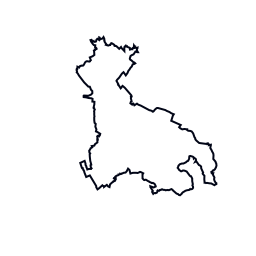 outline of Sancraiu, Cluj, Romania, rotated 238°
{"feature_id": "2599482B11402741815659", "entity_name": "Sancraiu", "entity_type": "district", "adm_level": 2, "iso_a3": "ROU", "parent_name": "Romania", "parent_adm1": "Cluj", "projection": "equal_earth", "projection_center": [22.961, 46.83], "detail": "fine", "context": "isolated", "style": "outline", "palette": "ink", "viewbox_px": 256, "rotation_deg": 238, "n_neighbors": 0, "source": "geoboundaries", "source_scale": "gbopen_adm2", "svg_char_len": 5803}
<svg xmlns="http://www.w3.org/2000/svg" viewBox="0 0 256 256"><g transform="rotate(238 128 128)"><path d="M115.4,174.1L117.6,172.5L119.5,171.7L122.0,169.9L123.4,169.2L129.1,164.0L129.6,163.2L129.6,162.1L129.3,160.4L128.7,158.9L128.6,157.8L128.8,157.5L129.7,157.4L131.1,156.3L131.7,155.6L140.4,150.6L142.3,149.1L143.9,148.5L143.9,145.4L145.9,145.5L146.2,144.9L145.7,143.9L147.7,143.1L148.7,144.3L148.7,145.2L151.5,146.1L152.0,146.4L152.2,146.9L153.0,147.1L152.8,147.7L152.9,147.9L154.1,148.1L163.9,146.6L165.4,146.1L166.6,145.7L166.3,144.7L165.7,143.6L165.5,142.8L168.2,142.8L169.9,142.5L170.1,143.0L174.1,143.2L174.7,144.4L175.4,147.3L177.1,151.1L177.5,152.4L177.7,153.8L173.8,154.0L174.9,156.7L176.4,158.8L176.7,160.0L177.8,162.2L178.1,163.7L179.5,165.7L179.0,167.3L179.0,168.4L180.2,168.1L181.0,167.4L183.7,166.7L184.5,166.2L185.4,166.1L186.0,166.4L187.7,168.3L187.8,169.7L187.5,171.7L188.9,174.8L187.3,176.1L187.0,176.6L189.2,176.7L190.5,177.6L190.7,178.4L191.0,178.6L191.0,178.4L191.8,177.5L192.3,176.2L193.4,176.4L193.7,177.1L194.1,176.8L194.8,176.8L192.8,175.2L193.3,174.3L192.6,173.6L193.0,173.4L193.1,172.1L193.5,171.2L195.0,172.0L197.6,170.1L198.0,170.4L198.3,170.0L198.4,168.8L198.9,169.1L198.7,168.1L197.9,167.3L195.2,165.7L199.1,164.9L200.4,165.0L199.8,162.5L203.3,161.6L204.2,161.1L204.4,160.5L204.8,160.1L205.9,160.4L208.1,159.4L208.8,158.8L208.2,157.8L208.3,156.9L207.9,156.7L208.1,156.3L208.4,154.9L209.4,154.0L209.6,154.1L210.3,153.3L210.8,154.0L213.1,153.8L214.8,154.5L214.9,154.3L216.3,155.2L218.1,155.4L217.4,153.7L217.9,151.9L217.9,151.3L219.6,151.9L220.1,151.6L218.1,150.1L219.9,149.3L219.5,147.9L218.5,146.9L218.3,146.4L218.9,145.1L219.5,144.8L219.9,144.9L219.9,144.2L220.4,143.8L222.1,143.8L222.4,142.8L220.9,142.5L217.7,142.7L216.4,143.0L215.5,144.1L214.0,142.9L213.0,143.4L212.1,143.5L211.6,143.1L212.2,141.5L211.6,141.2L211.7,140.1L211.0,139.9L207.8,138.2L207.6,136.0L208.1,133.0L205.2,132.4L205.1,131.6L204.7,131.1L204.8,130.4L206.4,128.6L206.6,127.6L206.4,126.4L205.1,124.2L204.7,123.2L205.3,122.2L205.2,121.9L205.7,121.3L205.7,120.6L205.9,120.3L205.7,119.9L205.8,119.5L205.2,118.6L206.8,117.6L204.9,116.2L205.2,115.8L204.5,115.1L203.0,114.8L202.4,114.0L200.9,114.3L198.5,114.2L189.9,115.0L184.1,116.3L183.2,117.5L180.1,116.9L178.3,117.3L176.4,116.2L175.9,114.5L176.3,111.5L178.9,107.8L178.8,107.4L177.7,106.8L176.2,108.7L174.3,110.5L172.5,112.8L171.5,113.4L169.3,111.8L168.0,113.4L165.8,111.9L163.5,109.6L163.0,109.8L162.7,109.4L161.4,109.7L160.2,108.1L159.5,107.9L157.0,106.3L155.4,105.6L155.1,105.1L152.3,103.4L150.1,102.4L148.6,102.8L146.4,101.0L143.6,100.5L142.1,99.0L140.8,99.9L137.8,101.4L136.8,100.3L137.2,99.9L136.3,99.0L137.4,98.1L137.2,97.4L134.3,96.3L134.6,95.9L132.0,94.4L131.8,91.5L130.9,90.1L131.9,87.7L130.6,87.5L130.6,85.4L130.1,84.9L129.8,84.0L129.2,83.4L129.2,83.0L127.5,82.2L126.5,82.5L125.9,81.5L123.7,80.3L120.2,78.6L116.3,77.4L116.3,76.5L114.8,75.8L113.2,75.7L113.3,75.2L112.9,74.9L114.0,73.2L114.4,71.5L116.5,72.0L117.1,72.0L117.6,72.4L119.2,72.4L120.3,73.1L123.1,73.8L123.7,69.0L118.8,67.8L118.2,67.8L118.0,68.3L117.5,68.1L116.2,68.1L115.7,67.8L114.8,68.0L113.5,67.5L108.6,66.6L108.0,70.5L95.7,70.3L94.6,69.7L92.1,69.6L92.2,71.4L93.0,75.9L92.1,76.1L91.4,76.9L90.7,76.5L91.0,79.9L88.9,80.2L87.7,81.0L89.7,82.9L90.2,85.5L90.2,86.7L90.5,87.0L90.3,87.7L90.5,88.1L90.1,88.7L90.2,89.2L90.7,89.7L91.3,89.7L91.7,90.0L92.3,89.9L92.5,89.4L92.8,89.3L93.0,89.6L92.7,90.6L92.8,91.1L92.3,91.2L92.8,91.5L93.4,91.3L93.5,91.5L93.6,93.0L93.2,94.4L93.2,95.1L93.5,95.3L93.3,95.5L93.3,95.9L93.1,96.4L93.1,96.8L93.4,97.1L92.7,97.6L92.5,98.6L92.7,99.0L92.4,99.5L92.3,100.6L91.5,102.3L92.0,104.0L93.5,106.5L91.6,107.0L88.1,105.9L87.5,108.2L85.6,111.3L84.8,112.2L84.5,113.6L84.5,114.7L84.1,115.3L82.2,116.5L81.5,116.9L80.8,115.6L77.5,113.6L75.5,114.0L75.1,114.4L74.9,115.4L74.6,115.8L72.5,116.8L71.3,117.6L70.8,117.6L69.8,118.5L69.0,118.7L68.5,119.2L68.3,120.0L66.6,120.9L64.5,120.8L63.7,120.5L64.0,118.2L66.6,116.2L66.2,116.1L66.1,115.7L61.4,115.7L61.0,114.6L58.8,114.5L59.0,115.4L58.5,116.6L58.1,116.8L57.9,118.2L58.5,119.3L59.2,119.6L59.4,120.1L58.7,120.5L58.2,121.3L58.6,122.0L58.1,122.9L58.2,123.3L57.9,123.9L58.0,124.4L56.8,125.2L56.0,126.4L55.3,126.8L55.1,127.5L54.6,128.2L54.4,128.9L53.6,129.7L53.2,132.4L52.1,133.0L51.4,133.0L46.7,134.4L45.3,135.5L44.2,135.7L43.4,136.5L43.8,138.8L44.1,139.2L44.4,140.6L44.3,142.5L44.4,143.3L43.9,145.2L43.1,146.9L43.3,148.2L43.0,148.2L42.7,148.8L42.3,150.1L42.3,150.4L42.8,151.5L43.9,152.1L45.2,152.2L46.0,153.2L48.9,154.3L51.2,155.7L53.7,155.9L54.2,155.3L54.9,155.1L60.0,154.7L61.8,153.4L62.8,152.2L62.9,151.7L62.9,150.5L63.2,150.0L65.6,149.1L66.9,149.2L67.9,149.0L68.8,150.4L69.3,150.8L69.8,152.8L69.3,154.9L68.5,156.2L68.2,159.0L68.5,160.1L68.3,161.6L69.6,163.7L70.9,164.5L71.5,165.1L71.3,166.0L69.4,167.7L68.5,168.1L67.5,167.7L67.7,168.3L66.0,169.0L65.5,169.0L64.5,168.5L63.7,167.1L63.6,167.9L63.2,168.3L59.1,168.5L58.0,169.2L56.6,169.6L55.0,168.7L50.4,168.1L50.0,167.3L49.4,167.1L47.0,167.5L44.2,165.6L41.1,164.0L41.0,164.4L40.0,164.9L39.6,165.9L37.8,167.9L36.9,169.2L33.7,171.0L33.8,172.0L33.6,173.2L34.4,173.7L35.4,173.3L37.5,173.4L39.0,173.9L40.3,175.1L42.8,175.2L43.9,175.7L44.2,176.0L44.2,175.8L43.9,175.4L45.5,175.1L45.7,175.6L46.0,175.9L46.2,175.4L46.5,175.4L46.5,176.8L46.9,177.2L47.0,177.7L46.8,178.7L46.9,179.7L48.0,181.7L49.2,183.1L51.3,184.1L51.9,184.0L53.1,184.4L56.5,183.9L59.6,186.1L61.2,186.8L63.4,186.9L65.7,187.2L67.0,187.1L68.1,187.7L69.2,188.9L69.9,189.4L70.6,187.5L71.2,188.0L72.0,187.6L72.3,186.9L72.8,187.3L73.3,185.6L77.6,180.4L81.2,179.3L82.6,179.1L83.8,179.6L84.9,179.5L88.9,180.4L91.3,180.2L92.4,179.4L93.8,177.6L94.9,177.1L95.5,177.5L95.6,177.3L97.3,175.3L98.1,173.3L100.0,172.2L101.6,171.8L102.6,174.3L111.2,168.5L114.7,172.6L115.4,174.1Z" fill="none" stroke="#020617" stroke-width="2"/></g></svg>